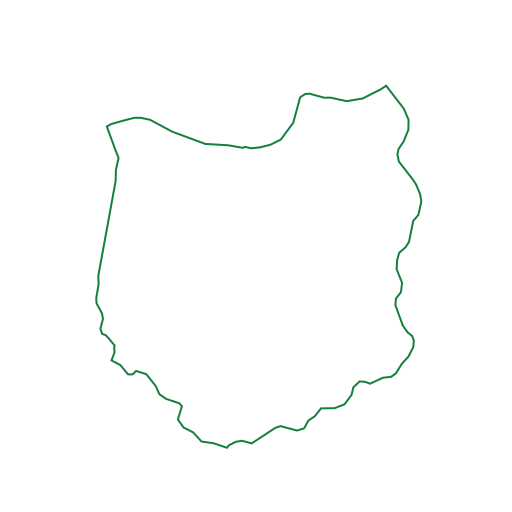 Cabricán, Quezaltenango, Guatemala (Albers equal-area conic projection), rotated 282°
{"feature_id": "79465075B20493832744336", "entity_name": "Cabricán", "entity_type": "district", "adm_level": 2, "iso_a3": "GTM", "parent_name": "Guatemala", "parent_adm1": "Quezaltenango", "projection": "albers", "projection_center": [-91.651, 15.106], "detail": "fine", "context": "isolated", "style": "outline", "palette": "green", "viewbox_px": 512, "rotation_deg": 282, "n_neighbors": 0, "source": "geoboundaries", "source_scale": "gbopen_adm2", "svg_char_len": 1501}
<svg xmlns="http://www.w3.org/2000/svg" viewBox="0 0 512 512"><g transform="rotate(282 256 256)"><path d="M449.6,347.9L444.8,343.2L439.0,335.9L432.3,327.7L426.3,312.5L426.4,296.1L425.0,289.8L425.9,274.6L424.6,270.4L421.9,267.6L420.3,266.2L394.0,264.7L375.1,256.1L367.9,247.1L363.2,237.5L360.4,229.1L360.4,222.3L359.1,220.9L358.5,205.8L355.1,183.1L360.1,148.5L367.2,124.1L367.2,114.5L365.9,108.3L361.2,98.8L354.9,86.8L351.6,83.2L331.0,96.1L323.3,101.2L310.9,101.1L300.2,103.1L203.5,105.9L195.7,107.9L181.6,108.5L176.5,109.9L167.7,117.4L162.6,119.4L152.5,118.9L147.7,121.8L147.4,125.4L144.0,130.1L142.4,132.0L139.2,136.2L136.1,136.5L132.7,137.7L123.8,136.4L121.1,146.0L113.6,155.5L114.6,160.0L118.6,162.6L117.6,173.3L108.1,184.8L100.7,190.3L97.5,197.9L96.0,211.7L93.6,214.8L79.8,213.6L73.2,220.8L70.4,231.2L63.2,241.3L64.0,253.6L62.4,267.4L65.1,268.8L70.0,274.8L72.4,280.7L71.8,290.7L91.9,310.6L94.7,315.3L93.8,332.4L97.4,338.9L105.9,341.4L111.4,346.8L120.5,351.3L123.5,364.6L129.3,373.4L140.2,378.4L147.8,378.5L154.9,383.5L155.6,389.2L154.8,394.1L163.3,405.4L165.9,413.3L170.2,417.2L181.2,421.2L189.2,426.0L199.7,428.8L206.1,428.0L210.2,425.4L212.8,420.2L218.6,414.0L236.9,402.6L243.5,401.7L250.8,405.3L260.1,404.5L272.3,396.3L281.3,394.9L288.9,395.4L295.8,400.6L301.6,402.7L323.0,402.5L330.0,406.3L343.4,406.4L350.4,403.8L359.0,397.9L363.1,393.9L378.0,376.2L384.6,373.2L390.3,373.2L398.7,376.6L411.2,378.8L421.0,376.9L430.8,370.0L449.6,347.9Z" fill="none" stroke="#15803d" stroke-width="2"/></g></svg>